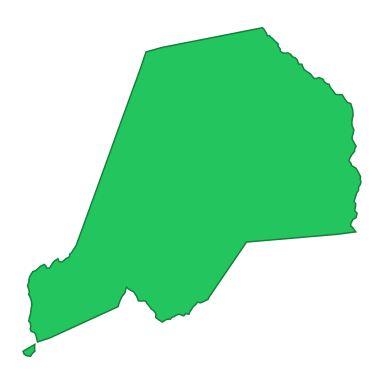 Timbiras, Maranhão, Brazil
{"feature_id": "56859067B24703899222248", "entity_name": "Timbiras", "entity_type": "district", "adm_level": 2, "iso_a3": "BRA", "parent_name": "Brazil", "parent_adm1": "Maranhão", "projection": "orthographic", "projection_center": [-43.817, -4.17], "detail": "fine", "context": "isolated", "style": "filled", "palette": "green", "viewbox_px": 384, "rotation_deg": 0, "n_neighbors": 0, "source": "geoboundaries", "source_scale": "gbopen_adm2", "svg_char_len": 2555}
<svg xmlns="http://www.w3.org/2000/svg" viewBox="0 0 384 384"><path d="M262.5,27.7L238.7,32.4L199.0,40.2L182.7,43.4L161.8,47.5L146.1,51.9L145.0,55.0L139.8,70.4L134.6,84.6L124.8,111.5L117.5,131.5L109.3,154.3L83.2,226.2L76.1,245.6L73.3,249.9L71.3,253.0L69.6,254.2L69.5,256.8L65.8,258.7L63.9,260.5L61.7,262.2L59.0,261.5L58.0,258.7L54.4,261.0L52.6,263.2L50.9,265.9L49.4,268.2L46.5,268.0L45.8,265.9L44.3,264.4L41.3,265.8L39.6,267.0L37.4,269.1L35.3,270.9L33.0,271.4L31.4,273.7L30.1,275.9L29.1,278.6L28.8,282.2L27.5,285.8L28.6,288.7L29.4,291.9L28.6,294.4L30.0,296.8L31.1,299.8L31.7,303.0L31.8,305.7L31.2,308.2L30.8,311.2L30.6,313.5L30.0,315.4L29.4,317.5L28.8,321.3L30.2,322.6L30.8,326.5L30.2,329.0L31.2,331.4L34.5,332.6L35.8,334.8L36.5,337.6L37.5,342.0L50.1,337.8L118.2,306.6L118.7,304.4L120.2,300.4L121.3,297.7L122.4,296.0L124.1,293.9L125.3,292.0L125.5,290.0L126.6,287.3L128.7,289.1L131.9,290.9L133.9,292.1L136.7,296.3L138.3,300.8L141.3,301.1L143.5,300.8L145.7,301.2L147.0,303.6L149.4,306.3L151.1,308.9L153.7,310.6L156.0,313.9L155.6,317.4L159.3,320.2L162.3,322.0L164.6,320.6L166.8,319.3L170.4,319.1L172.2,317.1L174.3,316.6L176.0,315.2L179.3,314.2L183.8,315.9L185.6,313.6L189.1,314.2L189.7,312.0L191.4,309.6L192.9,307.0L195.9,304.4L197.3,302.3L200.5,302.8L203.5,301.6L208.1,299.3L209.4,296.5L210.8,294.7L212.2,292.5L245.0,244.3L246.5,242.1L255.2,241.3L295.1,237.9L337.8,234.2L355.8,231.9L352.5,227.4L350.7,226.0L350.9,223.3L352.9,219.5L356.1,217.7L357.1,213.3L354.7,210.7L355.6,206.1L355.7,203.7L354.1,201.5L354.8,199.1L355.8,195.8L356.7,193.0L358.5,190.3L358.7,186.8L360.2,184.6L361.0,182.3L360.2,179.5L360.5,176.5L356.1,168.3L351.6,165.6L351.0,163.3L348.9,160.7L350.0,157.8L351.6,155.0L353.1,153.2L354.6,151.3L354.9,148.0L356.2,146.2L355.0,144.4L353.7,141.9L352.1,139.1L352.3,136.3L353.2,133.3L353.9,129.9L352.8,127.4L351.9,124.8L352.0,120.9L352.3,118.7L352.9,116.5L353.1,114.5L352.8,111.7L352.6,109.4L351.7,106.7L350.8,103.6L347.0,102.2L344.7,98.8L343.6,96.9L342.1,94.6L338.7,94.6L335.7,94.5L333.9,92.0L330.2,87.1L329.1,84.3L326.4,83.6L324.1,81.6L323.4,79.6L321.7,78.6L319.2,77.6L316.6,78.4L314.1,78.5L312.5,76.5L310.3,73.7L307.5,72.0L304.3,69.7L302.8,66.8L301.8,64.2L298.5,64.0L297.4,60.0L295.4,57.9L292.7,56.9L290.6,54.3L288.0,52.9L284.7,53.2L282.7,52.8L280.3,51.3L280.1,48.6L278.1,46.3L278.2,44.0L276.3,42.2L274.1,40.3L272.8,38.6L270.7,37.2L269.5,35.6L267.2,35.7L266.5,33.4L264.3,29.7L262.5,27.7ZM34.8,344.4L23.0,351.3L24.2,354.3L26.7,355.7L30.5,356.3L32.5,353.3L34.9,351.2L34.6,348.0L34.8,344.4Z" fill="#22c55e" stroke="#15803d" stroke-width="1.5"/></svg>